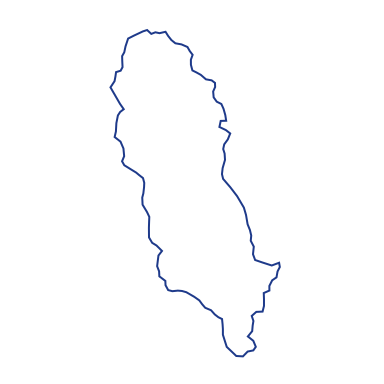 Nova Europa, São Paulo, Brazil (orthographic projection), rotated 282°
{"feature_id": "56859067B62446917197419", "entity_name": "Nova Europa", "entity_type": "district", "adm_level": 2, "iso_a3": "BRA", "parent_name": "Brazil", "parent_adm1": "São Paulo", "projection": "orthographic", "projection_center": [-48.554, -21.778], "detail": "fine", "context": "isolated", "style": "outline", "palette": "blue", "viewbox_px": 384, "rotation_deg": 282, "n_neighbors": 0, "source": "geoboundaries", "source_scale": "gbopen_adm2", "svg_char_len": 1883}
<svg xmlns="http://www.w3.org/2000/svg" viewBox="0 0 384 384"><g transform="rotate(282 192 192)"><path d="M140.9,291.9L136.7,285.3L137.7,275.5L138.6,267.9L143.8,264.6L151.4,263.8L156.5,259.6L161.7,259.0L166.8,256.6L172.0,253.1L180.8,249.6L187.5,246.0L197.3,237.0L204.6,228.5L211.3,219.7L215.7,217.6L221.7,217.0L230.3,217.6L236.4,215.9L240.5,213.6L245.3,213.6L250.9,216.1L257.2,217.2L259.6,212.3L261.3,205.3L267.5,205.3L268.8,210.6L274.1,208.6L280.0,205.5L284.2,202.4L285.5,197.4L289.1,193.5L294.7,191.8L299.5,192.8L303.5,191.8L305.3,188.0L305.1,182.2L308.4,176.3L309.9,171.4L311.0,167.1L316.2,164.5L321.2,163.4L326.3,164.1L329.4,160.5L332.9,157.4L334.2,151.0L334.0,144.8L336.3,140.3L339.7,136.2L343.2,132.8L340.6,127.2L340.6,123.0L338.2,119.3L341.1,114.4L338.9,110.6L332.9,102.7L328.8,97.6L320.6,96.7L314.6,96.7L310.4,95.4L305.4,96.6L299.7,98.1L295.8,97.0L293.5,92.8L288.9,93.1L284.3,93.2L277.4,90.5L273.4,94.1L263.2,103.3L258.8,108.0L255.4,105.1L251.5,103.6L243.7,103.7L235.3,105.0L229.7,104.9L226.4,111.6L220.3,115.9L212.9,118.2L207.5,117.2L204.1,120.2L202.7,124.1L201.0,128.8L199.4,133.3L197.5,136.9L195.4,141.2L191.0,143.4L186.8,144.1L180.5,144.7L176.2,144.5L169.3,146.3L163.0,152.2L158.8,155.4L153.0,156.4L148.0,157.3L138.6,159.4L134.0,163.6L132.3,168.4L128.1,174.9L122.9,172.4L118.0,172.8L112.2,173.3L107.6,176.3L102.7,177.6L99.5,184.4L95.3,185.5L91.1,189.1L90.9,193.4L92.6,198.7L93.1,202.8L92.8,207.3L89.9,216.1L87.5,221.7L84.3,225.3L81.5,229.0L80.3,235.2L77.0,239.7L75.0,243.8L74.0,247.8L69.0,249.4L64.4,250.7L58.8,251.9L53.3,255.0L47.7,258.2L44.7,263.1L40.8,269.4L41.8,276.0L47.5,279.6L49.8,284.9L53.8,286.6L59.2,282.9L62.3,276.7L68.4,279.8L74.1,279.1L78.6,278.9L83.2,276.2L88.1,279.8L89.7,285.9L95.5,286.1L102.1,284.7L108.1,283.2L111.7,288.2L116.2,287.2L122.3,288.8L126.1,292.4L132.1,292.2L136.9,293.5L140.9,291.9Z" fill="none" stroke="#1e3a8a" stroke-width="2"/></g></svg>